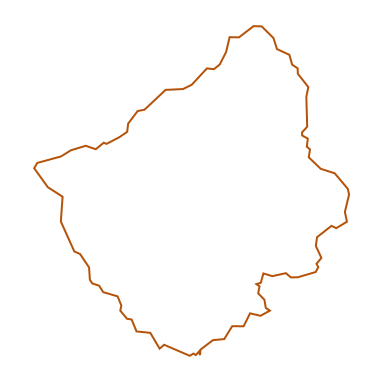 outline of Demir Hisar, Demir Hisar, North Macedonia, rotated 88°
{"feature_id": "65306769B51033238442002", "entity_name": "Demir Hisar", "entity_type": "district", "adm_level": 2, "iso_a3": "MKD", "parent_name": "North Macedonia", "parent_adm1": "Demir Hisar", "projection": "robinson", "projection_center": [21.142, 41.259], "detail": "fine", "context": "isolated", "style": "outline", "palette": "amber", "viewbox_px": 384, "rotation_deg": 88, "n_neighbors": 0, "source": "geoboundaries", "source_scale": "gbopen_adm2", "svg_char_len": 1292}
<svg xmlns="http://www.w3.org/2000/svg" viewBox="0 0 384 384"><g transform="rotate(88 192 192)"><path d="M89.0,211.9L89.0,214.8L108.1,236.6L109.2,243.5L121.4,253.4L129.6,254.7L134.6,262.5L140.9,275.7L139.7,278.5L145.9,286.7L142.1,296.6L146.1,311.6L151.9,321.7L157.5,345.6L162.7,348.9L182.2,335.9L192.2,321.5L216.9,324.1L247.3,311.7L250.1,306.0L263.8,297.5L276.3,297.1L280.0,294.7L282.3,288.2L289.0,284.2L293.7,270.0L302.9,266.6L308.1,267.8L316.4,261.4L317.3,256.8L329.4,252.3L331.3,238.6L347.4,229.8L343.7,225.2L355.6,200.0L353.5,196.1L355.1,193.9L351.7,190.6L355.3,189.7L349.8,189.0L340.8,176.3L340.1,164.9L327.5,156.5L328.0,145.1L315.3,138.2L318.1,127.9L313.3,118.3L310.4,122.3L302.2,123.4L295.6,129.4L288.6,127.8L286.3,130.8L285.1,126.4L275.9,123.5L278.9,114.6L276.4,101.0L280.8,96.2L280.9,89.2L276.3,71.2L271.5,68.4L268.1,70.1L262.4,65.0L250.2,70.1L241.5,68.6L230.7,53.8L233.2,49.1L227.1,38.2L217.2,39.9L200.1,35.1L194.3,36.2L178.3,48.7L173.3,62.6L161.4,74.1L153.5,72.6L150.7,75.7L142.7,74.4L139.3,80.0L136.2,79.9L130.8,74.6L100.9,74.4L91.2,72.1L77.5,82.1L72.1,82.1L68.2,87.5L58.3,89.9L52.1,102.1L41.0,105.2L28.9,116.6L28.4,124.7L39.1,139.7L38.6,149.0L53.2,153.0L65.5,159.8L70.0,165.8L69.0,172.8L84.8,188.5L88.8,197.4L89.0,211.9Z" fill="none" stroke="#b45309" stroke-width="2"/></g></svg>